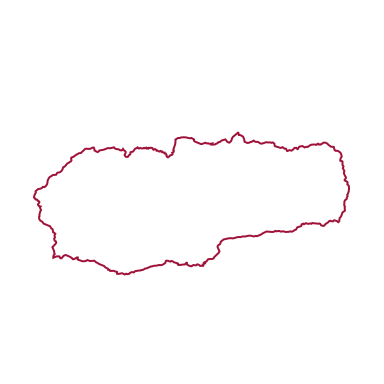 outline of Caparrapi, Cundinamarca, Colombia, rotated 252°
{"feature_id": "7082276B94520275581830", "entity_name": "Caparrapi", "entity_type": "district", "adm_level": 2, "iso_a3": "COL", "parent_name": "Colombia", "parent_adm1": "Cundinamarca", "projection": "natural_earth1", "projection_center": [-74.507, 5.372], "detail": "fine", "context": "isolated", "style": "outline", "palette": "rose", "viewbox_px": 384, "rotation_deg": 252, "n_neighbors": 0, "source": "geoboundaries", "source_scale": "gbopen_adm2", "svg_char_len": 6038}
<svg xmlns="http://www.w3.org/2000/svg" viewBox="0 0 384 384"><g transform="rotate(252 192 192)"><path d="M256.5,132.9L257.6,131.9L258.6,131.6L258.8,128.1L259.8,125.3L259.5,121.3L260.1,116.7L259.5,115.9L259.1,114.7L260.2,113.3L261.1,112.8L261.6,112.1L263.8,112.5L264.7,112.2L264.9,111.2L264.5,108.2L265.9,104.7L265.9,103.4L265.2,102.2L264.2,99.8L263.4,98.5L263.8,96.4L262.9,92.3L262.1,90.3L262.0,87.9L261.4,87.4L259.4,87.2L258.6,86.3L257.5,81.9L255.7,79.2L255.2,77.0L254.0,76.2L252.7,75.0L251.9,73.4L251.6,72.3L251.9,70.6L251.8,69.6L250.4,68.1L251.1,65.1L250.1,61.1L249.3,60.0L247.4,58.2L244.4,56.8L242.7,54.7L242.3,53.1L243.0,51.9L242.3,50.6L242.0,49.3L242.3,46.5L241.1,43.5L240.6,43.3L239.8,43.3L237.8,41.3L235.6,40.0L234.7,40.6L233.3,40.9L232.6,42.3L232.2,42.5L231.4,42.5L231.0,43.1L230.1,43.7L229.4,43.7L227.8,41.7L227.3,41.6L226.0,42.1L225.0,43.5L224.4,42.6L221.3,42.8L220.6,41.8L217.3,39.7L216.2,39.6L215.5,38.8L213.4,38.4L211.8,38.8L209.8,40.5L207.8,41.1L203.3,46.4L200.9,46.9L199.7,47.9L196.6,47.5L196.0,48.2L194.5,49.1L193.4,47.9L191.1,47.6L190.3,46.5L188.2,46.3L187.0,47.3L185.8,47.2L184.9,46.3L182.7,42.2L178.2,42.6L177.0,42.2L175.5,42.3L174.6,40.9L172.9,39.9L172.3,39.8L172.5,40.7L172.6,43.3L171.7,46.0L170.1,46.2L169.5,46.7L169.3,47.4L171.0,50.2L171.2,52.0L170.5,53.2L167.8,56.2L166.3,57.3L164.9,57.9L164.6,59.3L165.3,62.0L165.1,63.1L164.5,63.1L163.6,62.4L163.1,62.4L160.3,66.0L159.8,66.9L159.2,69.4L159.6,71.4L157.8,73.8L156.8,77.9L154.7,79.1L153.7,80.3L152.4,81.2L148.8,85.5L147.1,86.3L145.0,88.3L143.9,88.2L143.5,89.6L142.3,89.7L141.8,91.0L141.4,92.8L139.1,96.0L137.9,95.4L137.3,95.5L136.9,96.5L136.3,100.5L134.3,102.6L134.7,104.0L133.8,105.2L133.6,107.0L134.3,108.2L134.4,110.2L133.5,111.8L134.3,113.5L133.6,117.8L133.2,119.0L133.4,119.8L133.1,121.6L133.7,123.7L133.4,125.4L133.9,129.8L133.6,130.6L133.6,133.0L132.9,135.5L132.8,138.0L132.2,139.2L131.9,141.0L132.2,142.8L132.8,144.7L134.4,145.7L134.6,146.6L133.7,148.3L132.5,149.8L132.8,151.1L132.0,152.2L130.7,153.2L128.5,156.4L127.9,156.6L127.7,156.1L127.4,156.1L126.6,156.9L125.3,163.2L126.1,164.1L126.4,165.0L126.2,165.3L125.1,165.0L124.3,165.1L122.8,166.4L121.6,168.3L121.5,168.9L121.9,169.4L122.1,170.8L121.0,173.1L121.6,174.7L120.5,176.1L119.1,177.0L119.1,178.2L118.3,179.4L118.5,180.0L119.5,180.1L119.5,180.7L120.2,181.4L120.4,181.5L120.7,181.1L121.0,181.3L120.8,181.7L121.1,182.3L120.7,182.6L121.4,182.8L121.4,184.1L123.0,186.4L123.0,187.3L122.2,189.8L122.1,191.9L123.3,193.2L125.9,198.6L127.1,199.8L131.9,199.3L132.5,199.6L133.3,200.6L133.7,202.4L134.5,203.3L135.8,203.9L137.1,207.5L136.6,212.7L135.9,215.2L135.2,216.6L135.0,221.6L134.1,224.2L134.1,226.4L133.2,229.0L133.0,232.1L132.4,234.1L130.6,237.2L130.5,239.2L129.9,240.1L130.2,244.4L130.9,246.8L131.4,250.7L129.1,256.1L128.9,257.9L129.3,259.3L128.5,260.1L128.2,262.5L127.7,263.4L127.1,263.8L126.7,264.9L126.5,266.5L125.1,268.6L124.3,271.5L124.1,273.6L123.4,274.6L123.5,276.1L124.1,278.0L124.1,279.3L125.9,281.3L125.8,285.2L126.2,285.8L127.0,286.0L127.4,286.5L127.5,288.0L126.9,288.2L126.7,288.6L127.1,290.1L127.1,290.8L126.2,291.8L125.7,293.2L125.6,294.5L124.9,295.8L125.4,296.8L124.8,297.6L123.8,300.3L122.9,301.8L122.8,303.1L122.0,304.1L120.4,304.5L119.1,306.5L119.2,307.4L120.3,309.1L121.1,312.2L121.8,313.2L122.0,314.5L121.3,315.1L121.1,315.9L120.5,316.9L121.2,318.5L119.6,320.8L118.1,321.8L118.7,323.0L121.4,324.2L122.8,326.3L126.0,328.8L127.0,331.7L130.1,332.4L130.9,332.9L132.4,332.7L135.8,334.0L136.8,334.9L137.7,337.1L138.8,337.4L139.9,338.7L141.3,338.7L142.2,339.8L144.3,341.3L147.3,342.6L149.7,343.0L151.2,342.1L152.9,342.9L153.6,342.9L155.3,341.2L156.3,340.8L157.6,342.6L158.3,342.9L160.8,342.4L163.2,342.3L164.8,343.4L168.1,342.8L169.5,344.0L171.2,343.5L174.3,344.5L175.0,344.2L175.7,342.8L176.5,342.8L178.4,344.0L179.4,345.3L182.0,345.6L183.5,345.3L185.4,344.0L186.3,343.0L186.7,341.5L187.7,340.6L191.1,340.7L192.2,338.1L194.9,336.2L196.1,335.7L197.5,334.4L198.3,332.5L197.3,329.1L197.8,328.6L197.8,327.4L199.0,326.8L199.0,326.1L198.5,325.4L198.5,324.6L199.3,323.3L200.1,320.3L199.9,318.5L199.1,316.0L199.6,315.0L199.6,312.8L201.5,311.3L201.9,309.1L201.8,307.8L200.1,305.8L200.9,305.0L201.7,304.9L202.2,303.5L202.1,302.7L201.2,301.4L200.6,299.4L201.7,297.6L201.5,295.3L201.9,295.0L204.1,294.8L204.7,293.3L206.6,292.0L206.7,291.6L206.5,291.1L206.6,289.8L210.0,285.0L211.0,285.0L212.5,285.3L214.2,284.1L214.2,282.8L215.2,281.4L215.5,279.8L216.4,278.1L216.4,273.4L217.0,272.0L219.3,270.2L220.1,267.9L221.1,266.9L221.8,266.6L221.3,264.0L221.5,262.8L221.2,261.9L221.5,259.9L223.5,257.5L225.7,257.9L228.8,257.7L230.3,256.5L231.4,255.2L231.7,254.2L233.9,254.4L234.2,254.1L231.7,247.8L230.8,246.8L228.4,245.0L227.4,242.8L227.8,242.1L229.0,241.0L231.7,240.0L231.8,235.8L231.0,234.2L231.2,232.3L230.5,231.4L230.5,229.9L230.1,228.9L230.5,227.0L231.0,225.4L231.9,226.3L232.3,223.7L233.4,222.3L233.6,221.0L234.7,220.0L234.6,216.0L235.0,215.1L239.2,210.2L240.2,209.7L241.3,210.2L243.6,208.1L243.7,206.6L245.8,203.1L246.6,201.1L247.2,198.7L247.2,196.8L247.7,195.4L247.1,192.9L246.8,192.3L245.8,192.2L242.7,190.8L237.7,187.1L236.7,187.5L235.8,186.8L235.5,185.3L234.3,185.4L233.8,185.0L233.5,184.2L233.6,182.5L232.9,181.6L232.7,180.2L232.4,179.8L232.8,179.3L233.6,179.3L234.3,178.8L235.2,179.2L236.6,179.0L237.0,178.0L237.9,178.1L238.0,177.4L238.5,176.7L239.4,176.4L239.3,175.8L240.1,175.6L240.3,174.9L240.8,174.7L240.8,174.3L240.4,174.0L240.5,173.6L241.1,172.7L242.0,172.1L242.2,171.1L242.9,171.2L244.3,170.0L244.0,169.5L244.4,168.9L244.2,168.4L245.3,167.9L246.0,167.9L246.7,166.9L246.8,165.9L247.2,165.1L246.8,164.2L247.4,164.0L247.2,163.0L248.0,162.6L247.6,161.9L248.5,161.1L248.3,160.3L248.8,159.7L248.6,158.6L249.1,157.4L249.6,156.9L249.9,156.0L249.7,155.2L250.1,154.5L251.1,154.2L251.3,154.0L250.8,152.8L250.8,151.3L248.7,148.5L248.8,145.8L246.9,144.9L246.4,143.2L245.4,142.2L245.3,141.5L245.9,140.0L247.5,139.3L248.1,139.4L249.8,141.0L250.8,141.3L251.3,141.2L252.6,140.2L254.3,139.7L253.4,138.5L253.3,137.9L253.9,136.6L255.3,135.3L256.5,132.9Z" fill="none" stroke="#9f1239" stroke-width="2"/></g></svg>